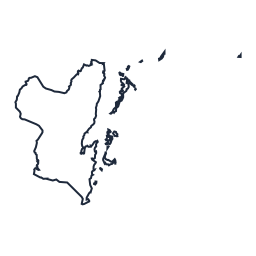 Muleba, Kagera, United Republic of Tanzania
{"feature_id": "72390352B90711717616381", "entity_name": "Muleba", "entity_type": "district", "adm_level": 2, "iso_a3": "TZA", "parent_name": "United Republic of Tanzania", "parent_adm1": "Kagera", "projection": "orthographic", "projection_center": [31.752, -1.923], "detail": "fine", "context": "isolated", "style": "outline", "palette": "slate", "viewbox_px": 256, "rotation_deg": 0, "n_neighbors": 0, "source": "geoboundaries", "source_scale": "gbopen_adm2", "svg_char_len": 5718}
<svg xmlns="http://www.w3.org/2000/svg" viewBox="0 0 256 256"><path d="M90.6,192.4L91.8,188.3L90.2,185.0L89.5,179.2L91.0,178.1L91.5,175.6L92.9,174.8L92.1,174.3L91.9,172.1L92.5,171.1L94.4,170.2L94.6,169.8L93.9,170.1L93.5,169.1L93.6,166.5L94.3,164.6L95.3,163.5L95.9,162.2L92.2,159.6L91.8,158.5L92.3,158.4L93.6,159.0L94.9,158.0L95.1,154.8L96.1,153.3L96.2,152.0L96.1,151.5L95.4,152.0L94.9,151.6L94.5,149.2L95.1,147.4L96.2,146.5L96.0,144.6L96.5,143.1L97.6,142.2L97.7,141.5L97.3,140.8L96.3,141.6L95.7,141.2L94.4,141.9L92.1,145.4L91.5,145.9L90.7,145.6L90.8,146.7L88.6,146.8L87.3,145.8L87.0,146.3L85.7,146.4L85.2,146.8L84.6,149.2L84.1,153.4L83.4,153.6L82.9,152.9L81.3,153.8L80.7,153.5L80.6,152.9L81.3,152.0L81.4,150.7L82.1,148.9L83.5,147.9L82.2,146.0L81.8,143.8L82.0,141.4L82.3,139.8L83.5,137.8L83.3,136.5L84.3,135.1L84.5,133.6L86.3,132.2L87.4,132.3L87.1,131.5L89.0,128.8L90.9,127.3L91.3,125.9L93.4,124.3L94.3,123.1L94.5,121.3L94.0,119.9L94.2,118.9L95.3,117.9L96.1,115.7L95.8,114.0L96.2,109.2L95.9,107.9L96.7,105.4L96.8,103.8L98.4,101.4L100.2,96.1L99.9,92.5L99.4,91.6L100.0,91.2L100.0,89.8L100.6,89.3L100.5,85.0L102.9,83.3L102.6,82.3L103.1,81.7L103.0,80.8L103.8,80.5L103.7,79.8L104.2,79.5L104.2,79.0L104.8,78.5L105.1,77.6L104.1,75.7L104.4,73.9L104.1,73.3L104.0,73.6L103.3,73.1L103.0,72.4L103.3,71.3L104.2,71.4L104.6,70.6L103.9,64.3L103.8,63.7L103.4,63.8L103.8,63.1L99.6,63.0L95.6,60.4L91.8,59.9L91.6,62.1L92.1,62.0L91.5,62.3L91.6,62.8L91.3,62.7L91.5,63.6L90.8,63.9L90.7,64.7L91.1,64.9L88.8,65.9L87.0,65.3L86.4,65.6L84.0,64.4L82.8,67.5L81.8,68.3L80.7,71.1L80.0,71.3L78.6,70.6L78.0,71.1L77.8,72.1L78.4,73.3L78.1,74.3L77.3,74.0L76.3,74.8L73.9,77.4L71.6,79.4L71.2,80.5L71.5,81.3L70.7,83.2L71.0,84.0L70.7,85.2L69.0,86.5L69.4,87.5L68.8,89.5L67.1,90.9L66.4,92.4L64.4,93.2L58.9,91.9L54.4,91.5L51.5,90.1L45.9,88.5L43.3,86.7L37.4,77.2L34.9,76.2L31.0,77.8L29.4,77.9L28.8,78.5L28.7,79.5L27.9,80.9L25.6,81.6L25.7,82.5L26.6,84.1L26.3,84.9L24.9,85.1L22.6,86.5L21.4,88.4L19.9,89.6L19.3,92.5L17.8,96.0L17.1,96.4L16.8,99.8L15.4,102.2L15.9,103.6L15.9,107.6L19.9,111.7L20.7,113.8L20.0,116.8L20.8,118.2L22.3,119.2L24.7,119.4L36.4,124.3L39.0,125.8L42.5,130.4L42.5,132.2L41.9,133.4L37.8,139.7L36.5,140.8L36.9,142.8L35.9,147.2L34.2,151.1L34.7,152.5L35.5,152.8L35.8,154.2L36.7,154.9L36.8,158.5L37.1,159.5L38.1,160.1L38.4,160.8L38.3,161.2L37.3,161.4L38.3,162.9L37.8,164.3L37.0,164.9L36.7,166.0L37.3,166.3L37.6,168.1L39.0,169.8L38.4,169.9L36.6,168.9L36.0,168.1L35.4,168.1L34.2,169.5L34.5,170.6L33.9,174.1L40.3,177.5L41.1,177.4L43.3,178.8L47.3,178.6L47.2,179.0L52.8,180.5L56.3,179.5L59.4,181.9L67.2,182.5L81.7,196.9L82.8,198.9L81.7,203.9L82.5,204.3L84.1,204.0L89.2,201.4L89.2,200.7L88.2,199.2L86.6,199.6L86.7,197.6L89.1,193.2L90.1,192.2L90.6,192.4ZM126.4,78.8L125.6,77.1L125.2,77.4L125.1,78.5L124.1,79.3L121.0,78.8L120.9,80.9L121.6,82.5L123.0,83.4L123.7,84.3L121.6,84.9L121.6,85.2L124.0,85.8L124.3,86.4L121.7,88.7L121.6,89.3L122.9,90.5L122.7,91.2L121.9,91.6L120.5,91.1L119.8,91.9L120.1,93.1L121.9,94.1L121.8,95.6L122.1,96.3L121.0,98.2L120.6,98.1L120.6,97.4L120.2,97.1L119.1,97.9L119.9,99.3L118.8,100.2L120.1,101.3L121.6,100.6L122.6,98.7L123.2,97.1L123.1,93.9L123.6,92.9L126.2,91.0L126.5,90.5L126.6,89.2L127.8,88.6L128.7,87.0L128.5,83.8L126.6,83.0L127.0,80.4L127.8,79.8L127.7,79.2L127.2,78.5L126.4,78.8ZM107.5,160.0L105.7,159.1L104.7,157.3L105.4,154.7L106.0,153.6L105.7,151.6L105.3,153.7L103.2,158.7L103.1,160.0L104.7,163.6L105.3,162.9L106.2,164.3L108.3,164.4L108.9,165.3L110.4,164.3L112.1,163.9L114.0,162.0L114.7,162.1L115.5,162.8L115.6,162.6L115.3,160.3L114.7,159.2L112.4,161.5L111.2,161.8L108.3,159.9L107.5,160.0ZM118.2,106.4L119.3,102.9L117.5,101.8L116.8,101.8L115.9,102.6L116.0,104.0L117.1,103.7L117.4,104.7L116.0,105.4L116.1,106.4L115.5,107.5L113.9,108.9L113.3,109.9L112.8,111.3L114.0,112.7L114.6,111.8L116.0,111.1L116.2,107.7L117.2,107.4L118.2,106.4ZM116.2,133.0L115.9,131.9L114.3,131.5L113.0,133.3L114.9,136.0L116.0,135.8L116.8,136.3L117.4,136.2L117.2,135.3L117.4,134.2L116.2,133.0ZM164.5,53.8L164.5,51.7L160.9,56.7L160.8,57.8L159.0,58.7L159.2,60.1L161.7,58.5L163.0,56.8L163.4,55.1L162.3,55.8L162.9,54.1L164.5,53.8ZM110.7,140.9L110.8,140.1L110.3,139.2L108.4,140.9L108.2,142.5L109.0,143.9L109.8,144.1L110.7,142.9L111.2,141.2L110.7,140.9ZM109.5,135.6L106.9,135.8L107.1,137.1L107.9,136.8L109.5,137.2L110.2,138.7L111.1,138.7L112.3,137.2L112.4,136.7L111.8,136.3L110.9,136.7L109.5,135.6ZM128.5,80.2L127.9,80.6L127.9,81.4L129.6,81.9L130.1,83.3L132.0,85.0L133.1,85.4L132.7,84.4L129.6,81.5L129.3,80.4L128.5,80.2ZM119.8,72.5L119.4,72.8L119.9,74.7L120.6,75.1L121.5,74.8L122.8,76.0L123.1,75.9L123.3,74.0L121.0,73.5L119.8,72.5ZM128.7,66.0L127.9,66.6L128.1,67.9L126.7,68.8L127.1,69.9L127.8,69.7L128.8,67.9L129.3,66.4L128.7,66.0ZM109.6,130.1L108.3,129.5L108.4,130.7L110.0,132.3L110.7,131.8L109.6,130.1ZM95.2,184.5L96.3,183.1L96.4,181.6L95.5,181.5L95.4,183.1L94.3,183.2L94.0,183.7L94.0,184.0L95.2,184.5ZM107.7,144.0L107.6,142.1L107.0,143.1L106.6,143.0L105.0,144.2L106.0,144.0L107.0,144.4L107.7,144.0ZM108.5,131.8L107.5,131.9L107.3,132.6L107.7,134.2L108.6,134.1L108.5,131.8ZM240.6,57.0L240.6,54.9L239.7,56.2L239.0,56.0L238.8,56.3L239.1,56.4L238.7,56.9L240.6,57.0ZM100.5,168.1L100.1,168.3L100.2,168.8L101.7,170.3L102.0,169.3L100.5,168.1ZM106.8,138.7L105.7,139.6L106.2,140.3L106.7,140.2L106.9,139.4L106.8,138.7ZM140.8,62.1L142.2,61.0L142.0,60.6L140.2,61.9L140.8,62.1ZM107.4,148.4L109.2,145.6L108.4,146.8L107.5,146.7L107.4,148.4ZM111.8,139.8L112.4,138.9L112.0,138.5L111.0,139.3L111.8,139.8ZM110.9,113.7L112.2,112.7L112.0,112.2L110.4,113.5L110.9,113.7ZM134.2,86.9L134.7,85.9L134.5,85.6L133.8,86.5L134.2,86.9ZM115.5,164.6L115.2,162.9L115.1,163.0L115.5,164.6ZM135.6,88.8L135.1,89.4L135.3,89.7L135.8,89.2L135.6,88.8Z" fill="none" stroke="#1e293b" stroke-width="2"/></svg>